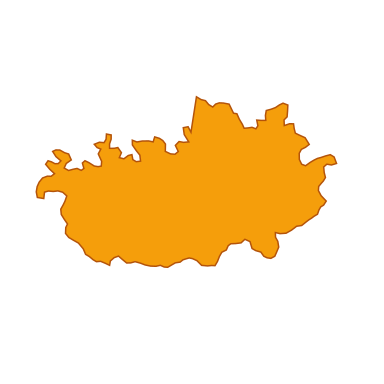 outline of Erval Velho, Santa Catarina, Brazil, rotated 157°
{"feature_id": "56859067B44756131485469", "entity_name": "Erval Velho", "entity_type": "district", "adm_level": 2, "iso_a3": "BRA", "parent_name": "Brazil", "parent_adm1": "Santa Catarina", "projection": "equal_earth", "projection_center": [-51.416, -27.284], "detail": "fine", "context": "isolated", "style": "filled", "palette": "amber", "viewbox_px": 384, "rotation_deg": 157, "n_neighbors": 0, "source": "geoboundaries", "source_scale": "gbopen_adm2", "svg_char_len": 2927}
<svg xmlns="http://www.w3.org/2000/svg" viewBox="0 0 384 384"><g transform="rotate(157 192 192)"><path d="M296.5,156.7L294.1,160.4L289.2,162.0L284.7,161.7L282.6,157.4L279.9,152.2L276.1,150.7L271.6,150.1L267.2,146.6L263.7,143.2L259.1,140.0L254.2,137.7L249.8,136.9L246.9,133.8L243.8,132.2L239.2,132.8L235.0,133.3L230.3,132.1L226.9,133.1L223.6,132.8L220.4,132.4L217.6,130.5L214.3,126.9L211.8,120.7L206.6,117.9L202.7,116.7L199.6,115.2L195.7,118.1L191.9,122.0L188.1,124.9L183.1,125.2L179.7,128.4L176.5,129.2L172.0,127.5L166.7,126.0L161.8,127.8L158.0,123.7L158.8,116.5L156.2,113.1L152.1,109.8L151.0,104.8L148.6,102.1L145.3,100.1L140.9,100.5L138.0,103.2L133.7,107.4L132.3,113.1L132.8,117.7L131.1,122.1L127.3,119.3L121.5,117.3L115.3,118.0L109.1,119.6L104.1,118.3L98.8,119.8L95.4,120.7L92.2,121.2L89.0,122.0L85.2,122.5L82.1,125.9L79.3,128.0L76.0,128.5L72.0,131.2L74.6,138.2L75.1,143.9L73.2,147.6L69.8,149.4L66.8,150.8L63.5,153.2L62.7,158.3L61.0,163.6L57.0,164.9L53.1,162.4L47.8,161.8L47.5,168.7L50.1,172.3L54.8,173.0L59.9,173.4L63.4,173.9L67.0,173.7L71.5,173.1L77.2,171.8L80.2,174.7L80.5,180.0L78.2,185.7L74.7,188.5L70.1,188.8L65.5,190.0L66.7,197.8L71.4,202.9L73.9,205.8L73.1,210.7L71.9,215.1L75.5,216.7L81.1,217.1L79.1,222.4L75.1,224.0L72.5,229.0L69.8,234.6L73.5,238.2L77.5,238.0L82.2,237.1L87.0,237.3L91.8,238.0L94.5,233.8L96.1,229.1L100.4,230.9L104.3,232.9L105.5,227.2L108.5,225.2L111.5,228.1L115.1,229.0L119.1,230.3L119.2,234.6L120.0,240.4L120.1,246.5L123.0,248.3L123.5,258.4L128.5,261.7L132.1,263.4L135.9,263.7L139.7,262.1L142.5,266.0L143.9,270.8L147.6,273.6L150.7,277.9L169.6,247.4L170.1,253.6L174.9,254.6L176.7,247.9L175.4,239.4L180.4,241.0L184.2,243.5L189.1,241.4L188.8,234.6L192.9,233.4L196.9,235.5L200.7,239.8L197.7,246.5L198.8,250.8L201.0,254.1L204.8,257.3L208.2,253.3L211.9,255.9L217.7,258.3L223.2,259.6L226.7,263.0L228.5,258.6L227.1,251.8L225.6,246.3L227.3,240.5L231.5,241.7L233.8,244.9L232.7,249.9L236.4,250.5L241.7,249.2L245.5,252.0L241.6,255.8L242.9,261.9L246.5,262.6L250.8,264.4L249.1,268.5L245.8,272.2L244.1,276.1L248.1,278.8L250.5,274.1L253.7,271.8L257.8,274.0L263.3,274.1L262.0,270.0L259.2,267.1L263.4,263.7L263.2,255.5L265.4,251.3L268.5,252.0L271.8,254.1L275.5,259.4L278.3,262.6L281.6,261.5L282.3,255.9L285.5,255.2L288.6,258.6L292.6,259.4L297.2,260.0L300.3,264.0L296.6,267.4L290.6,268.7L290.7,275.2L293.9,277.9L297.3,282.3L300.9,283.9L304.4,283.8L303.4,277.7L300.5,271.9L304.0,270.4L307.1,271.6L309.6,274.7L312.3,277.0L315.9,274.7L314.0,268.4L311.4,262.6L315.5,261.5L319.0,263.1L324.1,263.3L328.8,260.8L332.4,257.5L335.3,253.0L336.5,247.4L331.0,243.9L327.8,249.5L323.8,249.0L319.5,246.7L315.0,245.4L311.1,242.3L308.8,237.3L312.5,233.2L315.7,230.4L319.5,227.5L321.1,222.4L320.3,217.1L319.1,211.2L322.1,208.6L324.6,203.3L323.2,198.3L320.2,194.2L316.5,189.4L314.3,182.2L314.3,176.2L311.8,172.8L309.5,168.3L307.2,165.2L303.2,163.9L299.6,160.2L296.5,156.7Z" fill="#f59e0b" stroke="#b45309" stroke-width="1.5"/></g></svg>